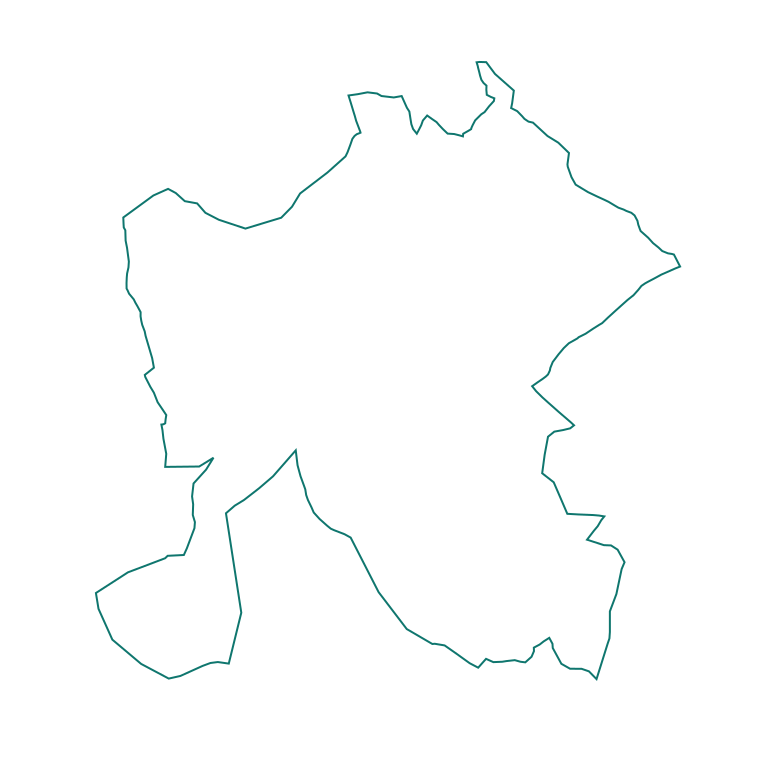 outline of Ahiazu-Mbaise, Imo, Nigeria, rotated 265°
{"feature_id": "59680162B56887411771488", "entity_name": "Ahiazu-Mbaise", "entity_type": "district", "adm_level": 2, "iso_a3": "NGA", "parent_name": "Nigeria", "parent_adm1": "Imo", "projection": "albers", "projection_center": [7.273, 5.552], "detail": "fine", "context": "isolated", "style": "outline", "palette": "teal", "viewbox_px": 768, "rotation_deg": 265, "n_neighbors": 0, "source": "geoboundaries", "source_scale": "gbopen_adm2", "svg_char_len": 3665}
<svg xmlns="http://www.w3.org/2000/svg" viewBox="0 0 768 768"><g transform="rotate(265 384 384)"><path d="M105.9,584.2L110.9,586.4L117.2,587.4L137.8,589.2L154.5,597.2L178.9,604.6L185.5,608.1L198.6,602.3L203.4,596.1L204.3,589.0L211.2,572.7L219.4,580.2L223.7,584.5L229.3,588.5L232.9,591.9L234.2,586.8L235.2,581.1L237.1,566.4L238.7,555.3L255.1,549.9L271.3,544.5L281.3,533.8L299.6,537.9L317.2,542.8L321.7,549.5L322.5,558.3L323.6,565.6L326.3,569.7L329.4,566.9L341.2,555.4L350.9,546.2L356.9,540.6L363.6,534.9L368.9,531.4L372.3,537.2L375.2,542.4L377.3,545.8L379.2,548.2L383.0,550.4L385.5,551.1L391.2,554.0L398.4,560.5L404.1,566.2L408.5,571.7L412.6,580.7L413.6,581.9L416.5,589.2L420.9,597.2L424.2,603.6L425.6,606.6L430.8,613.1L437.2,621.5L446.4,633.8L450.8,640.4L455.7,645.6L459.3,649.0L461.5,652.9L462.8,655.8L465.6,662.5L468.8,669.8L473.8,684.5L475.2,689.2L487.7,684.1L488.5,682.0L489.4,678.3L492.2,672.8L496.0,669.4L500.9,664.3L506.6,660.0L514.0,653.0L516.0,652.4L520.5,651.2L524.5,650.7L530.1,648.3L533.0,645.3L535.3,640.5L536.9,637.9L539.2,632.9L541.4,629.8L545.9,623.6L548.4,619.4L552.2,612.7L557.4,603.9L565.9,592.3L573.7,588.8L584.4,586.0L586.8,585.9L598.0,588.4L609.2,578.7L616.8,568.5L631.4,555.2L632.8,550.8L635.9,547.0L638.8,544.9L644.2,540.5L647.8,534.7L652.4,536.1L665.0,538.9L683.2,521.6L695.7,513.9L696.5,507.2L696.4,504.3L692.1,505.2L691.5,505.2L686.8,506.0L682.8,506.6L678.6,507.5L675.2,509.4L672.3,512.1L668.3,511.6L663.1,511.6L660.6,515.6L659.0,518.8L656.3,518.1L651.5,512.9L646.1,507.9L644.2,504.4L638.7,497.8L634.0,494.8L631.7,493.5L630.3,493.0L628.9,490.2L626.4,484.7L623.8,484.2L625.2,480.6L626.9,475.7L627.9,469.2L632.8,464.9L637.2,461.4L640.3,459.2L644.0,454.7L647.7,450.4L643.1,445.7L638.5,443.6L634.2,440.9L630.5,438.5L635.5,435.2L640.4,433.9L645.6,433.5L653.2,433.0L657.2,430.9L669.3,426.7L668.6,418.7L671.1,406.6L674.0,402.4L676.0,393.0L675.0,383.1L674.5,373.8L667.2,375.4L658.1,377.3L653.5,378.3L648.6,379.2L637.6,382.3L636.4,382.5L635.9,381.0L635.2,378.6L633.7,376.3L631.0,373.9L625.0,371.2L617.9,367.8L614.1,365.5L599.6,346.1L581.1,317.0L568.6,307.8L558.6,296.1L555.2,279.9L550.9,259.5L562.0,233.8L570.1,221.0L580.2,213.6L583.5,201.5L592.4,193.2L597.2,185.9L591.9,170.7L572.6,138.8L566.2,138.5L562.6,138.4L559.7,139.7L549.3,139.1L541.9,139.9L534.8,140.2L528.2,140.5L522.4,139.6L516.4,137.7L512.4,137.0L507.0,136.3L501.5,135.9L499.7,136.7L496.2,137.9L492.0,140.8L490.1,142.1L486.7,143.4L483.1,145.1L476.8,147.8L472.6,147.4L468.3,147.7L464.0,148.3L457.3,150.2L452.7,150.7L429.9,155.3L420.3,156.2L413.9,146.5L411.8,146.8L401.5,151.0L395.4,154.0L385.6,156.9L376.4,162.0L372.0,164.4L368.0,163.4L363.9,162.6L363.1,160.8L363.0,158.7L357.3,159.3L348.7,159.5L333.4,161.0L320.5,158.8L317.9,192.7L325.4,207.7L314.2,199.3L301.5,185.6L288.7,183.0L280.8,183.4L270.2,182.1L262.9,183.6L256.9,182.6L237.5,173.3L231.1,169.7L231.7,153.5L229.5,150.8L218.7,112.5L200.9,78.8L184.9,80.0L153.0,91.1L126.3,117.7L109.3,143.9L110.9,155.7L119.0,178.8L121.2,186.8L121.5,194.2L119.0,205.0L168.6,221.9L269.0,215.3L275.8,224.7L280.7,234.5L291.1,250.6L301.7,265.4L325.6,290.3L310.6,290.8L304.4,291.9L299.4,292.8L294.6,294.1L289.0,295.6L285.9,296.4L280.2,296.8L275.1,298.1L267.5,301.0L262.1,302.8L255.1,308.1L247.8,315.0L244.5,318.4L242.7,321.6L237.8,331.6L233.9,337.4L177.1,360.5L137.9,385.3L120.8,409.5L120.8,411.9L118.3,421.6L108.9,432.8L98.4,445.0L93.2,453.1L101.3,461.7L97.4,468.7L97.0,477.7L97.3,481.8L97.5,490.2L95.4,495.8L94.4,500.5L99.4,507.2L104.8,510.1L108.3,510.3L110.9,516.4L112.8,519.3L113.7,520.7L116.7,526.5L110.5,529.2L106.3,529.1L89.8,536.3L84.1,544.6L83.1,555.9L79.9,563.1L71.5,570.0L105.9,584.2Z" fill="none" stroke="#0f766e" stroke-width="2"/></g></svg>